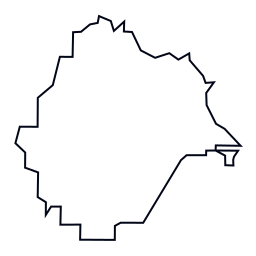 Taylor, Georgia, United States of America
{"feature_id": "52423323B238156185995", "entity_name": "Taylor", "entity_type": "district", "adm_level": 2, "iso_a3": "USA", "parent_name": "United States of America", "parent_adm1": "Georgia", "projection": "robinson", "projection_center": [-84.215, 32.56], "detail": "fine", "context": "isolated", "style": "outline", "palette": "ink", "viewbox_px": 256, "rotation_deg": 0, "n_neighbors": 0, "source": "geoboundaries", "source_scale": "gbopen_adm2", "svg_char_len": 812}
<svg xmlns="http://www.w3.org/2000/svg" viewBox="0 0 256 256"><path d="M19.8,126.7L15.4,143.2L25.2,152.5L25.1,167.7L38.1,172.4L37.7,197.1L45.9,202.2L45.8,214.9L51.1,206.6L60.8,206.6L60.4,224.7L80.4,224.6L80.1,239.7L114.8,239.9L114.9,225.9L120.7,222.7L143.2,222.8L181.0,160.1L186.6,155.2L206.1,155.2L206.2,150.6L215.6,150.5L215.8,145.4L240.6,145.8L224.6,128.8L216.0,123.8L206.6,105.1L206.2,93.0L213.9,82.3L205.6,82.9L203.1,75.9L189.7,60.3L189.2,53.4L178.4,59.6L169.3,53.2L155.1,57.8L140.8,50.4L132.0,32.0L123.9,31.5L124.2,21.6L113.9,30.9L110.8,21.0L99.0,16.1L97.7,22.9L90.0,24.4L81.0,31.8L73.1,32.2L72.6,56.9L59.9,56.8L52.8,85.1L37.8,97.8L37.6,126.8L19.8,126.7ZM238.1,150.7L215.6,150.5L225.1,155.6L225.3,165.2L233.4,165.5L233.2,159.8L234.0,156.7L238.1,150.7Z" fill="none" stroke="#020617" stroke-width="2"/></svg>